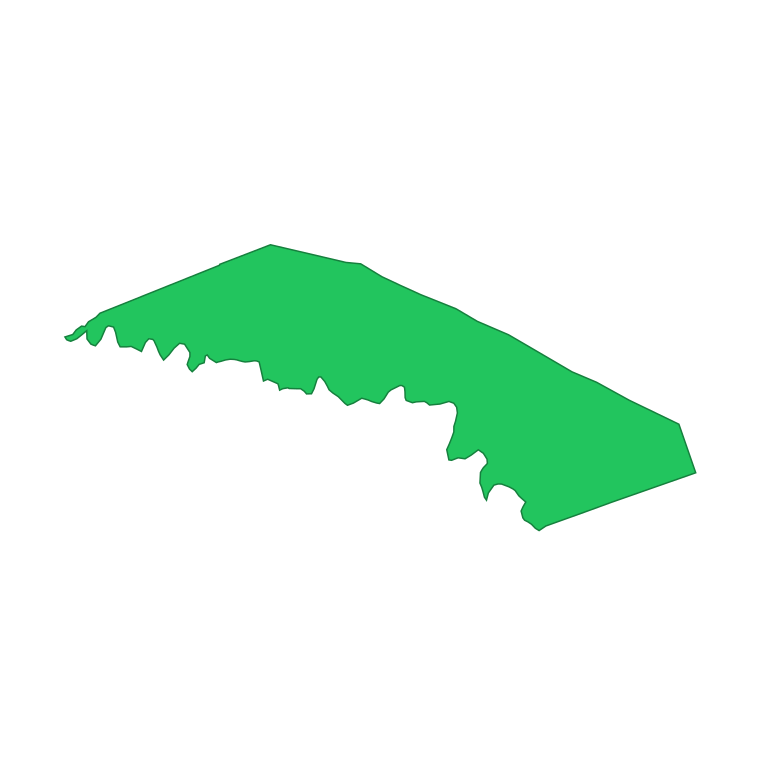 Boghe, Brakna, Mauritania (Natural Earth projection), rotated 10°
{"feature_id": "47542326B52802302132146", "entity_name": "Boghe", "entity_type": "district", "adm_level": 2, "iso_a3": "MRT", "parent_name": "Mauritania", "parent_adm1": "Brakna", "projection": "natural_earth1", "projection_center": [-14.531, 16.65], "detail": "fine", "context": "isolated", "style": "filled", "palette": "green", "viewbox_px": 768, "rotation_deg": 10, "n_neighbors": 0, "source": "geoboundaries", "source_scale": "gbopen_adm2", "svg_char_len": 2418}
<svg xmlns="http://www.w3.org/2000/svg" viewBox="0 0 768 768"><g transform="rotate(10 384 384)"><path d="M248.0,266.6L201.4,294.7L201.4,295.6L92.0,363.6L88.8,368.3L82.2,374.0L79.6,379.4L76.1,379.5L71.5,384.2L68.9,389.3L61.6,393.1L63.8,395.5L65.8,396.0L68.1,396.3L73.6,392.8L77.5,388.4L79.7,385.8L82.0,383.1L83.7,391.2L88.4,395.6L91.0,396.2L93.2,396.5L97.4,389.1L100.3,376.7L102.6,374.5L107.8,374.9L110.7,379.7L114.5,388.9L117.7,393.2L124.1,392.1L128.5,390.9L134.2,392.5L139.5,394.1L141.8,384.6L144.5,380.3L148.5,380.2L150.0,381.3L151.9,384.1L154.0,387.1L156.3,391.0L158.6,394.3L162.8,398.7L167.0,392.8L171.1,385.1L175.6,379.4L180.7,379.4L187.4,386.7L188.1,390.6L187.2,396.0L186.8,399.0L189.8,403.0L193.0,405.2L196.2,401.0L198.5,396.8L203.2,394.3L203.2,387.4L204.9,386.1L207.8,389.0L215.2,392.0L216.6,391.2L219.4,390.0L223.8,387.8L228.2,386.3L232.2,385.8L235.0,385.8L237.2,386.1L240.7,386.4L243.4,386.4L247.5,385.3L252.0,383.7L254.3,383.4L257.2,383.9L260.9,392.6L264.8,402.0L268.6,399.5L279.5,402.2L280.4,403.9L282.3,408.2L285.1,406.2L290.1,404.4L291.3,404.9L299.5,403.7L302.7,403.1L306.6,404.9L308.5,406.4L309.4,407.2L314.3,406.2L315.9,400.9L317.2,391.1L318.5,388.4L320.6,388.0L325.2,391.8L328.6,396.0L330.9,399.2L335.1,401.7L341.2,404.4L348.9,409.9L351.7,411.3L357.2,408.1L360.5,405.3L364.5,401.9L367.4,402.1L371.1,402.5L375.0,403.4L380.1,404.0L383.1,404.0L384.2,402.3L386.6,398.7L389.6,391.3L391.9,388.6L399.9,382.7L402.0,382.4L404.7,383.6L406.0,387.9L407.2,393.8L408.7,396.3L415.3,397.5L418.8,396.0L426.8,394.1L429.4,395.0L432.5,396.8L442.6,394.0L451.0,389.9L456.1,390.8L459.6,394.3L461.3,399.8L460.9,408.4L460.2,413.6L461.1,419.1L460.1,425.1L458.8,431.4L457.2,437.8L461.1,447.5L463.8,447.4L469.8,443.8L472.9,443.7L476.8,443.6L482.3,438.8L488.3,432.4L493.9,435.0L496.1,437.4L498.5,440.1L499.6,444.3L498.0,446.8L496.5,449.0L495.4,451.5L494.4,454.4L495.7,464.9L498.2,468.8L500.1,472.6L502.6,478.1L505.1,480.6L505.7,473.2L509.8,464.5L513.5,462.7L517.1,462.1L525.1,463.6L529.1,464.9L531.6,466.1L536.2,470.7L539.0,472.5L544.1,475.6L542.2,480.9L541.1,485.3L544.0,491.7L546.1,493.7L549.7,494.8L553.6,496.5L558.1,499.8L562.2,501.4L568.1,495.7L604.7,474.8L628.4,461.1L689.5,426.8L706.4,417.3L681.4,372.4L628.3,357.4L593.1,345.4L567.1,339.4L520.4,322.1L498.1,313.9L465.0,306.1L442.1,297.5L404.5,289.6L382.4,283.9L363.2,278.7L340.2,269.7L325.4,270.9L248.0,266.6Z" fill="#22c55e" stroke="#15803d" stroke-width="1.5"/></g></svg>